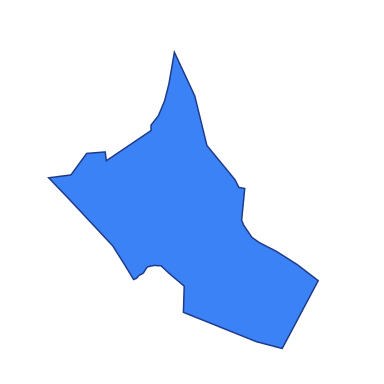 outline of Dalanjargalan, Dornogovi, Mongolia, rotated 283°
{"feature_id": "93677404B48840516654873", "entity_name": "Dalanjargalan", "entity_type": "district", "adm_level": 2, "iso_a3": "MNG", "parent_name": "Mongolia", "parent_adm1": "Dornogovi", "projection": "equal_earth", "projection_center": [108.887, 46.012], "detail": "fine", "context": "isolated", "style": "filled", "palette": "blue", "viewbox_px": 384, "rotation_deg": 283, "n_neighbors": 0, "source": "geoboundaries", "source_scale": "gbopen_adm2", "svg_char_len": 955}
<svg xmlns="http://www.w3.org/2000/svg" viewBox="0 0 384 384"><g transform="rotate(283 192 192)"><path d="M324.2,143.4L292.0,145.2L274.5,144.8L258.8,142.1L247.9,137.0L242.7,138.3L203.2,101.5L211.5,98.4L205.9,80.7L181.4,70.2L173.6,49.1L158.1,72.8L121.6,127.0L105.9,142.8L93.6,154.8L94.4,155.9L94.8,156.5L95.1,156.9L95.4,157.3L95.6,157.5L96.3,157.8L97.0,158.2L98.5,158.9L98.9,159.1L99.4,159.8L100.3,160.9L101.2,161.9L101.7,162.5L102.3,162.9L107.0,164.5L108.0,164.8L108.5,165.2L109.2,165.9L109.4,166.3L109.6,166.6L109.9,167.4L110.6,168.6L110.8,169.1L111.7,171.3L111.9,171.7L112.1,172.5L112.4,173.5L112.4,174.3L112.4,175.0L112.5,175.7L112.8,176.3L112.9,177.2L113.0,177.7L113.2,178.3L107.7,187.8L98.5,205.6L72.8,210.7L60.6,288.6L59.8,315.1L134.0,334.9L144.8,311.2L153.1,287.7L157.9,268.7L161.3,260.5L171.2,249.9L175.7,246.7L207.3,242.6L207.0,236.6L213.6,231.2L240.6,196.1L286.2,173.1L324.2,143.4Z" fill="#3b82f6" stroke="#1e3a8a" stroke-width="1.5"/></g></svg>